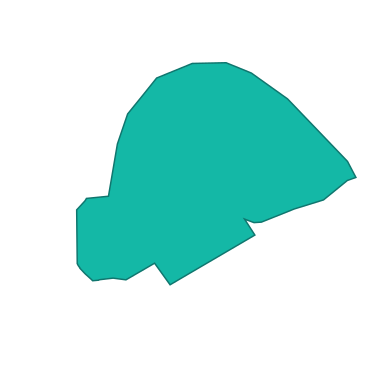 outline of Gokwe South Urban, Midlands, Zimbabwe, rotated 135°
{"feature_id": "62879985B9450607738823", "entity_name": "Gokwe South Urban", "entity_type": "district", "adm_level": 2, "iso_a3": "ZWE", "parent_name": "Zimbabwe", "parent_adm1": "Midlands", "projection": "equal_earth", "projection_center": [28.956, -18.22], "detail": "fine", "context": "isolated", "style": "filled", "palette": "teal", "viewbox_px": 384, "rotation_deg": 135, "n_neighbors": 0, "source": "geoboundaries", "source_scale": "gbopen_adm2", "svg_char_len": 820}
<svg xmlns="http://www.w3.org/2000/svg" viewBox="0 0 384 384"><g transform="rotate(135 192 192)"><path d="M60.4,103.7L58.6,190.2L64.6,226.1L65.9,234.1L76.5,259.3L100.9,282.7L136.4,297.6L158.2,295.2L182.3,292.7L199.2,284.4L210.8,278.7L253.6,248.4L254.1,248.1L271.2,262.1L272.2,261.8L272.6,261.7L274.2,261.4L286.2,260.9L323.8,222.5L323.8,222.1L324.1,221.7L324.3,221.3L324.3,220.6L324.6,219.9L324.6,218.7L324.9,218.4L324.9,217.6L325.2,217.3L325.2,216.9L325.4,210.6L325.4,210.2L325.4,209.1L325.3,207.7L325.0,201.4L325.0,201.0L325.0,199.9L325.0,199.5L320.3,195.6L319.7,195.6L308.7,186.9L308.4,186.5L300.8,176.6L268.8,168.1L273.1,141.9L253.4,136.8L178.0,117.1L174.0,135.7L173.6,134.8L169.8,126.5L164.2,121.6L131.7,107.7L104.6,93.4L74.0,90.3L65.8,86.4L60.4,103.7Z" fill="#14b8a6" stroke="#0f766e" stroke-width="1.5"/></g></svg>